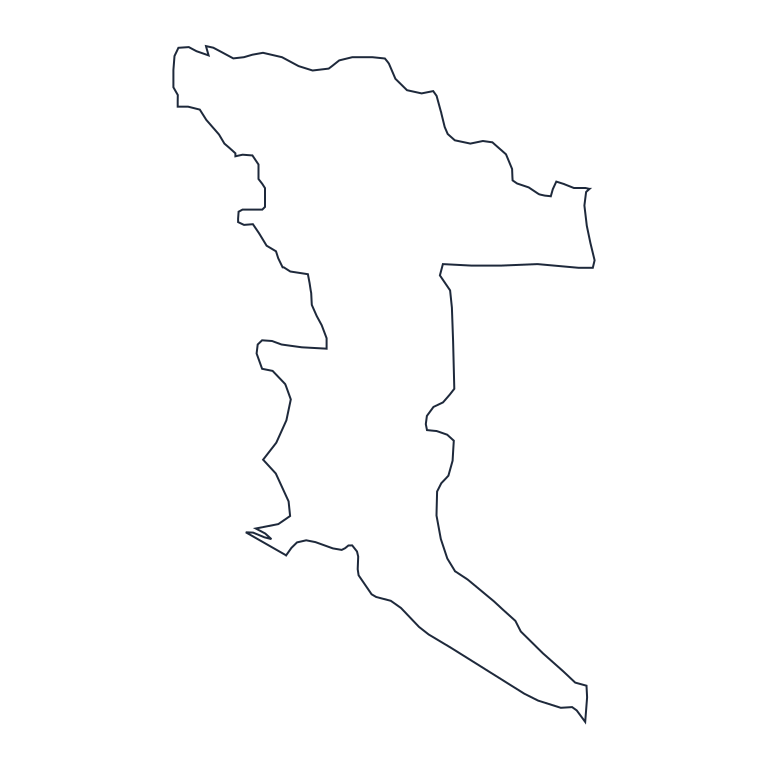 map outline of Herzegovina-Neretva (Natural Earth projection)
{"feature_id": "BIH-2228", "entity_name": "Herzegovina-Neretva", "entity_type": "Canton", "adm_level": 1, "iso_a3": "BIH", "parent_name": "Bosnia and Herzegovina", "parent_adm1": "", "projection": "natural_earth1", "projection_center": [17.847, 43.217], "detail": "fine", "context": "isolated", "style": "outline", "palette": "slate", "viewbox_px": 768, "rotation_deg": 0, "n_neighbors": 0, "source": "natural_earth", "source_scale": "10m", "svg_char_len": 2934}
<svg xmlns="http://www.w3.org/2000/svg" viewBox="0 0 768 768"><path d="M341.7,549.9L332.9,548.4L315.4,542.1L306.2,540.3L297.0,542.4L291.4,547.9L286.1,555.4L285.9,555.2L245.8,532.3L253.1,532.6L264.4,537.3L271.4,539.1L265.2,533.5L255.8,528.5L278.3,524.1L290.1,516.0L288.6,501.5L288.6,501.4L275.8,473.5L263.1,459.7L276.3,442.7L286.4,420.3L290.8,399.4L286.0,386.1L285.2,384.1L272.6,370.9L263.1,369.0L262.1,368.8L257.8,356.8L256.6,353.5L257.7,344.5L262.1,340.3L272.0,341.0L281.5,344.5L290.1,345.7L301.8,347.3L325.4,348.6L326.6,348.7L326.6,338.2L322.3,326.8L321.6,325.0L320.6,323.2L316.7,316.0L311.8,304.9L311.7,303.2L311.2,293.0L310.7,290.4L309.6,283.2L307.9,274.2L290.3,271.5L283.7,267.3L282.6,267.3L278.2,258.2L276.0,251.3L266.6,245.7L259.0,233.2L252.9,224.2L246.5,224.7L244.1,224.9L243.8,224.8L238.1,222.1L238.1,218.7L238.6,211.7L239.4,211.3L242.5,209.6L247.4,209.6L256.2,209.6L262.3,209.6L263.9,208.0L265.0,206.9L265.0,198.5L265.0,188.1L262.3,183.9L258.5,179.0L258.5,174.1L258.5,164.5L255.2,159.6L252.4,155.4L251.7,155.4L242.6,154.7L237.6,155.8L235.4,156.3L235.4,153.3L229.3,147.8L224.4,143.6L219.0,134.5L206.3,119.9L199.8,109.6L188.2,106.7L182.1,106.7L177.7,106.7L177.7,101.2L177.8,95.0L173.4,87.3L173.4,80.4L173.4,70.0L173.7,66.2L174.5,56.0L177.2,50.4L178.4,47.8L188.8,47.1L196.5,51.2L208.6,55.4L206.4,47.7L206.0,46.1L213.3,47.7L221.8,52.2L233.3,58.4L243.9,57.2L252.4,54.7L263.0,52.8L282.0,57.2L298.6,66.1L312.6,70.5L328.7,68.6L331.9,66.2L339.2,60.4L352.3,57.2L372.4,57.2L384.9,58.5L387.5,61.7L388.9,63.6L393.4,74.1L395.4,78.8L407.0,90.2L408.4,90.5L421.6,93.4L433.2,91.1L436.6,95.9L440.7,110.9L441.2,112.5L441.4,113.6L444.7,127.0L447.7,134.0L454.8,140.3L468.1,143.1L470.3,143.6L473.2,143.0L482.9,141.0L491.5,142.2L492.4,142.3L495.4,145.0L506.0,154.3L512.1,169.0L512.4,176.8L512.6,180.4L517.1,183.5L528.7,187.4L537.7,193.4L539.2,194.3L540.7,194.7L544.8,195.6L549.6,196.1L550.8,196.3L552.8,189.2L556.3,181.6L564.2,184.1L564.3,184.2L573.9,188.0L585.5,188.0L589.4,188.9L589.5,188.9L586.6,191.5L586.1,192.0L584.4,205.5L586.8,225.8L590.4,243.0L594.6,260.3L592.8,267.8L578.6,267.8L537.5,264.1L501.2,265.6L471.5,265.6L442.9,264.1L440.9,271.6L439.9,275.4L450.1,290.4L451.9,307.7L453.1,341.4L454.3,388.8L449.6,394.8L443.0,402.4L433.5,406.9L426.9,415.9L425.8,424.1L427.0,430.1L435.0,430.9L436.5,431.0L438.6,431.7L447.2,434.7L453.8,440.7L453.1,452.0L452.6,460.7L448.4,475.7L445.5,478.8L441.3,483.2L437.1,491.5L436.6,510.6L436.5,515.6L436.7,516.6L440.8,538.9L447.3,558.5L454.6,570.5L455.0,571.3L455.3,571.4L467.6,579.5L493.9,601.3L503.4,610.1L515.4,620.9L519.0,628.0L520.8,631.5L542.9,653.3L563.3,671.4L575.2,682.6L586.5,685.7L587.1,697.3L585.2,721.9L576.7,710.4L572.1,707.1L560.8,707.8L538.1,700.6L524.3,693.7L451.3,648.0L428.7,634.5L419.0,626.9L401.0,608.0L390.8,600.8L376.2,597.0L371.6,594.3L358.6,575.3L357.7,569.2L358.2,556.6L357.0,551.5L352.2,545.4L348.4,545.5L345.1,548.2L341.7,549.9Z" fill="none" stroke="#1e293b" stroke-width="2"/></svg>